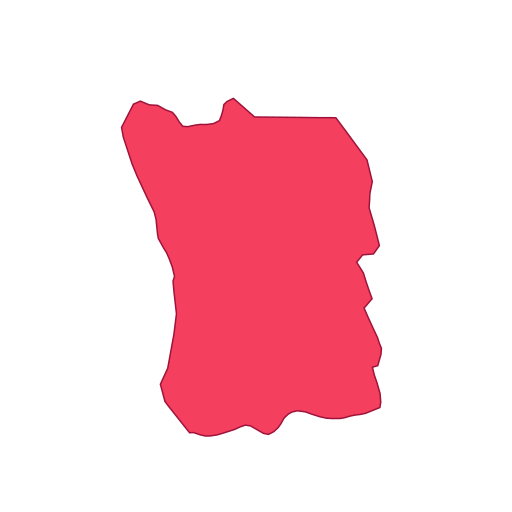 Ladário, Mato Grosso do Sul, Brazil, rotated 158°
{"feature_id": "56859067B96072834593771", "entity_name": "Ladário", "entity_type": "district", "adm_level": 2, "iso_a3": "BRA", "parent_name": "Brazil", "parent_adm1": "Mato Grosso do Sul", "projection": "equal_earth", "projection_center": [-57.566, -19.109], "detail": "fine", "context": "isolated", "style": "filled", "palette": "rose", "viewbox_px": 512, "rotation_deg": 158, "n_neighbors": 0, "source": "geoboundaries", "source_scale": "gbopen_adm2", "svg_char_len": 1475}
<svg xmlns="http://www.w3.org/2000/svg" viewBox="0 0 512 512"><g transform="rotate(158 256 256)"><path d="M190.9,101.3L189.7,109.3L184.2,108.7L176.9,118.1L174.3,123.4L174.3,129.5L173.9,134.9L174.3,141.7L174.9,153.7L175.3,167.2L164.4,172.9L164.0,183.3L163.6,190.4L162.8,200.1L165.0,212.5L156.7,217.1L146.3,213.9L137.7,219.4L134.9,239.9L133.1,258.3L129.5,265.7L127.1,271.1L120.3,281.4L117.1,303.5L126.2,339.1L130.2,354.3L149.5,362.2L161.6,367.3L205.2,385.4L217.9,410.6L225.0,410.1L229.0,408.5L232.1,403.5L235.5,399.1L239.2,395.2L246.0,394.7L252.7,396.5L258.5,398.9L263.2,400.1L270.9,401.5L275.3,403.7L276.9,408.8L278.0,415.4L279.7,420.5L285.1,425.4L290.8,432.5L298.3,436.1L305.2,442.9L312.7,442.7L332.5,425.6L334.5,415.9L336.4,387.7L336.3,374.8L335.1,351.3L333.9,335.1L334.9,327.6L339.0,313.5L340.0,308.8L338.6,297.6L337.7,292.6L337.5,286.2L337.7,277.4L339.2,267.5L342.3,263.9L345.6,253.1L351.4,232.2L361.4,214.2L379.9,185.0L392.7,172.9L394.9,155.3L393.4,149.5L383.8,117.0L380.1,115.7L374.7,111.1L370.6,108.2L366.2,106.4L359.1,104.7L351.9,104.0L340.7,103.2L334.6,103.5L329.2,103.2L324.7,100.5L319.7,94.1L315.5,88.7L311.2,85.9L305.2,86.5L299.9,88.5L296.1,90.9L290.7,95.2L285.4,97.3L281.3,97.9L275.7,97.0L268.6,93.0L263.6,88.5L257.1,83.1L251.4,79.2L247.0,77.1L242.6,75.3L238.5,73.7L233.9,72.8L228.7,72.3L224.2,71.5L218.1,69.9L213.3,69.1L206.8,69.1L203.2,69.1L197.9,69.1L195.1,73.7L192.5,81.9L191.3,93.3L190.9,101.3Z" fill="#f43f5e" stroke="#9f1239" stroke-width="1.5"/></g></svg>